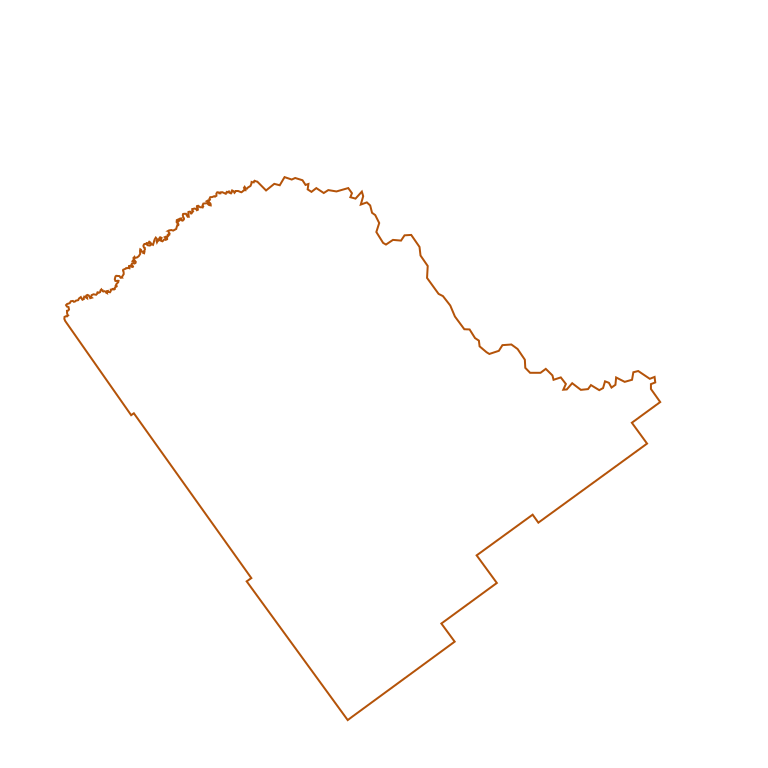 the district of Garfield, Montana, United States of America, rotated 55°
{"feature_id": "52423323B69733440300774", "entity_name": "Garfield", "entity_type": "district", "adm_level": 2, "iso_a3": "USA", "parent_name": "United States of America", "parent_adm1": "Montana", "projection": "albers", "projection_center": [-107.725, 47.414], "detail": "fine", "context": "isolated", "style": "outline", "palette": "amber", "viewbox_px": 768, "rotation_deg": 55, "n_neighbors": 0, "source": "geoboundaries", "source_scale": "gbopen_adm2", "svg_char_len": 5409}
<svg xmlns="http://www.w3.org/2000/svg" viewBox="0 0 768 768"><g transform="rotate(55 384 384)"><path d="M145.6,371.7L144.5,372.7L143.3,373.4L143.5,374.6L144.1,375.0L143.4,376.1L142.6,376.6L143.2,377.2L144.2,378.2L145.2,379.8L145.0,382.7L145.4,384.4L144.0,385.2L142.6,385.1L143.0,386.2L144.7,386.3L145.7,386.5L144.9,387.7L145.2,389.8L145.1,390.9L143.8,391.8L142.2,392.8L140.8,394.8L141.4,395.9L141.6,396.8L139.9,396.6L138.3,397.4L138.9,398.5L139.3,398.2L139.9,399.3L140.1,400.0L138.6,400.9L137.3,400.6L137.0,402.1L137.4,402.1L137.1,403.0L136.6,403.0L136.9,403.8L137.4,404.5L136.1,405.3L134.2,406.4L133.3,407.9L134.0,408.6L133.3,409.6L132.3,409.5L131.3,410.6L131.8,412.0L133.7,413.3L133.6,415.0L132.8,415.3L132.3,417.6L131.3,419.1L132.2,420.8L133.1,420.8L133.4,421.6L132.7,422.8L132.6,424.2L133.4,423.7L133.1,423.0L133.9,422.8L134.2,423.4L135.1,423.3L136.1,422.7L136.7,422.7L137.7,423.1L138.3,423.5L137.6,424.2L136.7,424.8L134.4,425.2L132.6,428.5L133.7,430.3L134.8,430.2L135.4,431.3L134.5,432.1L133.8,433.2L131.4,434.0L131.0,435.2L131.7,435.8L132.7,435.5L134.5,436.5L134.3,437.6L133.0,437.5L131.4,438.8L131.2,439.8L130.7,440.7L131.7,441.5L133.0,441.3L133.6,443.1L133.9,443.9L133.4,444.4L132.8,443.7L133.0,443.3L132.6,443.6L131.5,444.1L130.9,445.5L132.3,446.7L133.6,447.3L135.0,448.0L134.4,448.9L132.8,448.8L131.0,448.6L130.0,450.0L129.5,451.0L130.3,452.0L131.4,452.4L132.5,452.9L133.5,452.8L134.4,453.5L134.7,455.2L133.8,456.0L132.1,455.1L131.5,456.3L131.7,456.8L132.5,457.5L132.9,458.8L132.7,460.0L131.7,459.3L131.2,458.2L130.9,459.7L132.4,461.0L134.1,461.0L134.1,460.6L135.3,460.8L135.9,461.4L135.8,462.3L135.5,462.4L136.3,463.5L137.8,465.3L137.4,468.7L135.8,470.0L135.5,470.8L134.9,471.9L134.8,473.0L134.9,472.9L136.2,473.3L137.7,473.3L139.1,474.8L138.4,474.4L137.7,474.6L137.9,475.7L138.9,475.8L139.2,477.0L138.3,477.8L138.0,479.3L139.3,479.0L139.2,478.0L140.4,478.2L141.0,478.6L140.7,480.2L139.7,480.7L139.6,482.1L139.9,482.6L140.0,483.7L138.8,484.5L137.2,483.5L137.0,482.8L136.7,482.4L135.4,483.2L135.9,484.8L137.3,485.8L137.1,487.6L137.7,488.7L136.4,488.3L136.0,487.2L135.8,486.8L134.6,486.9L133.2,487.0L133.9,488.7L134.8,490.0L136.3,491.8L137.5,493.4L135.7,494.3L134.2,494.2L132.8,494.7L133.1,495.5L133.7,495.4L135.2,494.8L136.3,494.9L136.3,496.4L134.9,497.9L134.2,498.2L133.5,497.9L133.3,496.6L132.4,497.6L132.7,498.7L131.9,500.0L132.3,501.1L132.9,501.9L134.6,502.4L135.2,501.9L136.6,502.6L137.5,504.2L138.1,504.2L139.3,505.5L138.7,505.9L138.5,505.4L137.8,504.9L137.3,505.3L136.8,506.4L135.4,506.7L134.6,506.1L133.9,506.4L134.9,507.4L137.6,509.1L138.6,511.5L138.7,513.6L137.8,515.9L136.8,515.6L137.1,517.0L137.7,517.0L138.2,516.9L138.7,518.2L139.1,519.4L140.1,518.6L139.9,517.4L141.6,517.3L142.3,518.1L142.2,519.3L141.2,520.1L140.7,521.2L141.5,522.7L142.7,522.2L143.8,522.2L144.0,522.7L143.2,523.5L142.2,523.7L141.6,524.2L141.1,525.2L142.1,526.1L142.9,525.8L143.2,526.1L142.4,526.7L141.8,527.9L140.9,528.6L140.6,528.4L141.4,529.2L141.0,531.3L140.8,532.1L141.5,532.8L142.8,533.0L144.7,534.2L145.6,536.3L146.0,537.7L146.4,537.6L146.6,537.6L145.9,538.8L143.9,538.8L141.8,541.3L141.9,542.3L143.7,544.4L145.5,544.9L146.4,543.7L146.7,542.8L147.2,542.3L148.2,543.4L148.5,545.5L149.4,547.1L149.8,546.6L150.7,547.0L150.6,548.1L150.9,549.5L151.8,550.0L151.7,551.0L150.8,551.3L150.4,551.9L150.7,552.3L150.4,553.1L150.0,553.7L151.0,554.4L151.5,555.3L151.7,555.8L150.6,556.9L149.7,557.0L149.4,556.8L149.0,557.7L149.7,558.4L150.6,558.8L149.8,559.2L149.0,558.8L147.6,559.8L147.3,560.8L146.6,561.2L145.7,560.8L145.1,561.4L144.4,561.3L144.6,562.3L145.9,563.9L145.7,565.3L144.7,565.8L144.6,566.3L145.5,567.1L145.8,568.6L143.9,570.5L143.5,572.5L144.4,573.8L145.4,574.0L145.7,573.9L145.2,575.4L144.0,575.2L142.1,575.1L140.9,575.9L140.8,577.1L141.9,577.6L142.8,577.6L143.5,578.0L142.5,578.4L141.3,578.6L140.5,579.4L140.9,579.8L141.2,580.6L142.2,581.1L142.0,582.7L140.6,582.7L138.9,582.5L139.0,584.8L139.9,586.4L139.0,588.6L139.2,589.8L138.8,590.9L137.5,591.2L136.6,593.1L137.5,595.1L136.7,597.7L137.0,599.2L138.7,599.3L140.0,598.3L142.3,599.3L142.7,600.7L142.2,601.7L144.1,602.9L145.8,603.6L146.6,603.4L146.8,604.9L146.1,605.5L145.8,607.2L147.3,608.5L149.6,609.0L264.5,609.0L264.5,605.7L466.9,604.0L466.9,609.7L638.5,606.5L638.3,600.8L635.6,473.9L613.1,474.4L611.7,405.7L577.5,406.4L576.3,337.2L586.1,337.1L583.7,202.7L557.9,203.2L557.2,168.1L541.2,168.2L537.2,165.4L538.3,160.9L533.4,158.3L532.2,163.3L519.2,168.3L517.4,173.0L522.8,178.4L520.3,185.6L511.8,190.1L517.4,194.9L517.4,199.7L512.0,199.1L508.6,201.4L513.0,206.9L512.5,211.2L503.6,215.1L505.2,219.8L501.7,226.1L491.3,229.4L493.3,237.4L491.5,240.4L488.3,235.0L480.0,235.4L477.8,242.7L473.6,241.1L464.4,242.8L464.6,249.4L458.6,257.9L451.8,259.0L444.9,254.7L432.0,254.5L424.7,257.0L420.1,264.7L422.7,270.9L419.8,280.5L416.7,281.8L408.0,284.1L402.9,281.4L398.6,283.1L388.4,282.6L385.2,286.8L369.4,287.2L357.7,284.7L345.8,285.3L341.5,287.6L321.8,287.9L312.4,280.5L299.7,280.4L292.1,276.3L277.5,276.2L274.0,281.9L276.3,287.8L271.1,294.0L270.9,302.4L267.9,303.8L255.1,303.1L249.4,295.6L240.6,294.3L236.9,295.6L229.8,292.9L225.4,293.9L223.7,300.1L218.2,293.3L213.7,291.8L215.8,301.0L211.7,304.4L209.3,300.8L203.0,300.9L199.0,312.5L193.2,318.4L193.0,323.8L184.7,327.1L185.0,333.2L180.8,334.9L176.8,331.2L175.9,334.1L170.3,333.9L164.3,338.6L163.6,342.3L157.5,346.8L161.4,355.4L157.1,359.1L157.8,369.6L145.6,371.7Z" fill="none" stroke="#b45309" stroke-width="2"/></g></svg>